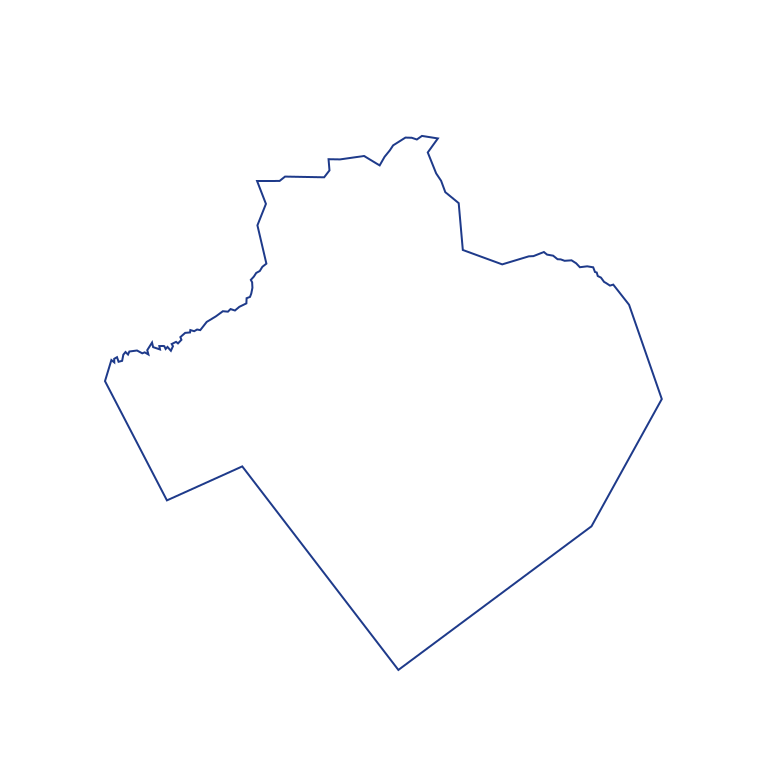 outline of Dei District, Western Highlands, Papua New Guinea, rotated 143°
{"feature_id": "67681753B60748012983133", "entity_name": "Dei District", "entity_type": "district", "adm_level": 2, "iso_a3": "PNG", "parent_name": "Papua New Guinea", "parent_adm1": "Western Highlands", "projection": "robinson", "projection_center": [144.353, -5.658], "detail": "fine", "context": "isolated", "style": "outline", "palette": "blue", "viewbox_px": 768, "rotation_deg": 143, "n_neighbors": 0, "source": "geoboundaries", "source_scale": "gbopen_adm2", "svg_char_len": 1510}
<svg xmlns="http://www.w3.org/2000/svg" viewBox="0 0 768 768"><g transform="rotate(143 384 384)"><path d="M587.3,567.2L605.1,554.2L627.4,421.7L546.8,403.5L544.6,147.0L529.2,146.9L303.9,145.5L171.2,204.8L140.6,299.8L141.1,325.4L144.3,326.6L146.0,331.3L146.8,333.1L146.7,338.4L148.3,341.6L147.0,345.0L148.1,346.5L146.7,351.3L150.9,355.7L157.3,359.4L157.9,364.8L159.8,369.9L165.6,373.7L167.9,377.2L170.3,379.2L171.7,384.7L175.9,389.2L176.9,393.2L187.7,396.2L191.5,398.8L217.6,408.4L240.4,443.6L215.5,483.5L219.6,500.3L216.1,511.9L215.6,520.8L209.7,542.6L193.2,547.7L204.4,559.3L210.6,559.5L213.7,564.0L218.6,567.9L233.1,569.1L238.7,567.1L246.8,565.1L255.9,561.2L257.1,564.1L262.7,578.1L283.9,589.8L293.0,596.9L299.0,587.4L307.4,585.1L338.2,609.2L345.2,609.0L363.2,622.5L369.9,598.9L389.6,586.9L405.5,550.9L410.6,550.8L415.2,549.0L419.2,549.6L423.3,548.1L427.7,547.3L428.1,544.6L431.2,540.0L435.6,536.1L438.6,534.2L442.1,535.2L445.4,531.2L453.1,532.7L458.8,532.4L461.5,536.2L465.1,535.7L468.9,539.1L477.6,539.2L488.2,540.3L498.3,537.6L500.5,540.0L503.8,540.4L506.2,543.6L507.9,541.9L512.0,544.5L518.4,544.0L519.2,541.2L524.1,540.4L524.7,542.8L529.5,543.7L529.8,541.2L534.2,538.8L534.6,543.9L537.3,543.4L536.7,546.4L537.5,547.3L540.6,549.5L542.1,546.4L546.2,552.4L544.3,556.7L552.7,553.5L554.4,549.4L556.1,553.3L558.6,554.0L561.1,559.4L567.8,563.2L570.7,561.6L571.2,565.1L574.5,564.3L579.2,560.1L582.6,561.5L581.1,566.1L584.3,566.5L586.4,563.6L587.3,567.2Z" fill="none" stroke="#1e3a8a" stroke-width="2"/></g></svg>